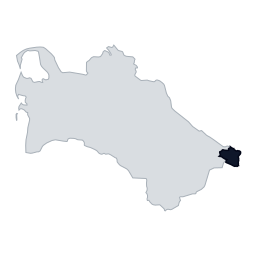 Koytendag, Chardzhou, Turkmenistan shown in context
{"feature_id": "10190150B64529450546528", "entity_name": "Koytendag", "entity_type": "district", "adm_level": 2, "iso_a3": "TKM", "parent_name": "Turkmenistan", "parent_adm1": "Chardzhou", "projection": "orthographic", "projection_center": [66.04, 37.77], "detail": "fine", "context": "in_parent", "style": "filled", "palette": "ink", "viewbox_px": 256, "rotation_deg": 0, "n_neighbors": 0, "source": "geoboundaries", "source_scale": "gbopen_adm2", "svg_char_len": 4649}
<svg xmlns="http://www.w3.org/2000/svg" viewBox="0 0 256 256"><path d="M69.7,72.1L82.2,74.2L86.0,75.1L87.8,73.4L87.8,72.9L87.2,72.5L86.4,71.1L86.5,62.4L87.7,61.3L89.1,60.5L91.2,58.0L92.2,57.3L93.7,56.7L98.5,57.0L100.5,56.6L102.6,53.7L103.1,51.9L104.5,50.6L105.2,50.7L108.4,52.2L109.0,52.9L109.9,55.2L111.1,55.2L111.3,54.8L111.2,54.3L110.4,52.8L108.6,50.1L106.8,48.3L106.7,47.8L108.5,46.6L111.8,47.5L112.7,47.1L113.8,45.1L117.9,50.1L118.7,50.6L122.2,51.5L122.8,52.2L123.8,54.9L124.9,55.7L126.4,56.3L132.8,56.9L134.7,58.8L135.0,59.2L134.5,60.5L134.2,62.8L133.6,63.8L133.9,64.2L136.1,65.3L137.4,67.0L137.5,67.7L137.1,68.1L136.0,67.8L135.4,68.5L135.3,69.7L136.0,70.9L136.2,72.0L134.9,74.5L134.8,75.5L135.1,76.1L140.7,80.3L141.6,80.5L147.3,80.1L148.4,80.6L153.3,81.7L154.7,81.6L155.7,80.4L156.6,80.0L157.4,80.0L159.8,80.9L162.2,82.7L163.8,84.2L164.5,85.6L166.4,93.1L167.8,96.2L169.5,97.8L170.7,100.8L171.5,107.1L172.1,108.4L174.8,111.0L188.5,121.8L192.6,126.5L199.1,131.1L201.6,130.6L206.7,135.4L210.0,137.2L214.2,140.1L223.1,146.6L225.1,146.9L227.2,146.0L229.1,146.5L232.5,148.2L236.2,150.6L239.3,151.5L240.2,152.6L240.2,153.2L238.5,156.3L238.3,160.3L238.5,165.6L237.6,165.7L231.5,164.2L225.6,160.9L224.3,162.0L223.5,163.1L222.1,167.7L214.1,167.9L209.5,170.1L205.0,185.1L204.0,187.0L201.3,189.4L196.7,191.7L196.0,192.6L195.8,193.6L195.2,193.8L192.7,193.8L182.9,196.8L180.8,196.7L179.9,197.0L179.5,197.5L180.5,200.6L179.6,201.4L179.0,202.9L178.4,205.5L171.9,209.3L170.5,209.7L167.9,209.2L166.6,209.6L165.2,210.9L164.5,210.4L164.3,209.1L163.6,208.3L159.8,204.8L155.2,205.1L153.5,204.8L152.1,204.2L150.1,202.2L148.9,200.3L147.4,200.5L147.1,199.6L147.1,198.6L147.5,197.4L147.5,195.2L146.8,193.5L145.9,192.7L147.1,190.2L147.2,188.2L146.6,186.1L146.5,183.0L146.8,180.1L146.1,178.5L132.8,177.9L128.5,170.6L126.6,168.8L120.3,165.5L118.6,163.8L117.2,161.9L117.0,159.5L116.4,158.1L115.4,157.8L110.5,154.7L108.5,153.8L105.7,154.2L104.0,153.3L102.0,154.2L101.2,154.2L99.2,153.4L96.8,150.7L94.8,149.5L90.4,147.5L87.3,146.7L84.6,145.5L84.3,145.1L84.4,143.0L84.1,142.1L83.4,141.0L82.4,140.1L77.6,139.7L75.5,138.7L73.8,138.4L70.0,138.2L68.7,138.6L67.9,139.2L67.3,141.2L66.8,141.5L63.2,141.1L55.4,139.8L52.0,140.5L46.6,143.0L43.4,145.3L42.4,146.4L40.1,150.9L39.3,151.4L38.2,151.9L37.2,151.8L32.3,153.1L30.5,153.3L25.9,152.5L25.7,145.4L26.0,139.9L27.5,132.4L27.9,127.5L29.6,120.2L29.6,118.4L27.7,114.8L27.7,112.5L26.3,112.2L24.3,110.0L22.1,108.9L21.0,108.7L19.9,109.1L19.0,110.1L18.7,108.3L19.0,106.5L21.3,103.0L22.3,104.3L23.6,104.9L27.0,105.1L26.9,103.8L25.3,102.3L25.2,100.5L25.5,98.8L26.2,97.2L25.8,96.5L25.1,95.9L23.2,95.7L18.5,94.4L17.6,96.3L18.6,99.1L16.8,95.8L15.8,92.6L15.4,89.0L15.8,85.2L18.5,79.4L21.1,72.2L22.5,75.6L23.6,77.1L26.4,78.4L27.9,78.4L29.5,77.8L31.0,78.3L32.9,81.8L34.5,82.4L38.2,81.6L39.8,81.5L41.2,82.3L42.7,82.5L42.2,80.9L42.2,79.4L43.1,78.7L45.8,79.9L48.1,79.3L48.5,79.0L48.9,77.7L48.9,75.1L48.5,74.0L47.5,72.3L43.1,68.1L41.7,66.5L40.6,64.5L39.4,56.8L38.5,51.9L37.9,51.2L35.2,50.5L29.7,50.9L27.9,50.4L27.0,50.8L24.5,52.4L23.3,54.0L21.3,57.7L22.1,59.1L20.3,65.5L20.4,68.3L20.2,68.5L19.1,64.8L17.5,61.0L16.5,55.5L20.2,52.5L23.3,50.4L26.4,49.0L29.6,48.2L36.6,47.2L40.4,47.0L43.4,47.3L45.6,48.7L51.3,53.8L53.7,56.5L54.4,57.6L54.8,60.0L58.6,68.0L59.5,69.2L61.0,71.7L62.7,72.7L69.7,72.1ZM16.9,119.8L16.6,120.7L16.1,117.6L16.1,114.3L16.8,113.4L17.4,113.6L16.7,114.7L16.9,119.8Z" fill="#d9dde1" stroke="#a8b0b8" stroke-width="1"/><path d="M219.4,156.4L220.0,156.4L220.5,156.5L221.1,156.4L221.5,156.6L222.0,157.0L222.8,157.6L223.9,158.3L225.0,159.0L226.1,159.4L226.6,159.5L227.0,159.7L226.7,159.9L226.3,160.4L226.1,161.0L225.9,162.3L226.9,162.8L228.2,163.3L229.5,163.9L230.8,164.4L231.9,165.0L233.2,165.7L234.0,166.1L234.6,166.3L235.1,166.3L235.6,166.2L236.2,166.1L236.7,166.1L237.0,166.4L237.4,166.3L237.9,165.7L238.3,165.6L238.2,165.5L238.4,164.9L238.3,164.5L238.4,163.8L238.2,163.7L238.3,162.7L238.2,162.2L238.7,160.6L238.6,159.6L238.7,158.7L238.6,158.1L238.3,157.3L238.3,156.3L238.8,155.8L239.2,155.2L239.7,154.7L240.3,154.0L240.5,153.5L240.6,152.9L240.6,152.3L240.5,151.8L239.8,151.2L239.2,150.9L238.7,151.0L237.8,150.6L237.1,150.9L236.4,151.1L235.5,150.5L234.6,150.1L234.1,149.6L233.8,148.7L233.6,148.8L232.6,148.3L231.9,148.0L231.3,147.5L230.9,147.2L230.5,147.0L230.4,146.9L230.4,147.5L230.3,147.8L229.2,148.2L228.6,148.6L228.6,150.3L227.9,150.4L226.8,150.4L225.3,150.3L224.5,150.2L223.8,150.1L223.5,149.9L222.4,149.9L222.0,150.6L221.0,151.4L219.9,151.7L219.9,151.8L219.7,152.7L220.0,153.4L220.1,154.1L220.2,154.3L220.4,154.7L220.2,155.2L219.6,156.0L219.1,156.3L219.3,156.4L219.4,156.4Z" fill="#0f172a" stroke="#020617" stroke-width="1.5"/></svg>